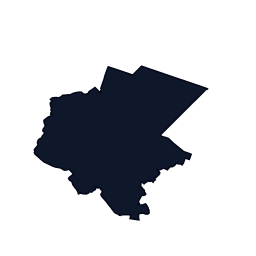 Nong Khae, Saraburi, Thailand (Mercator projection), rotated 225°
{"feature_id": "78962969B39575483913595", "entity_name": "Nong Khae", "entity_type": "district", "adm_level": 2, "iso_a3": "THA", "parent_name": "Thailand", "parent_adm1": "Saraburi", "projection": "mercator", "projection_center": [100.849, 14.353], "detail": "fine", "context": "isolated", "style": "filled", "palette": "ink", "viewbox_px": 256, "rotation_deg": 225, "n_neighbors": 0, "source": "geoboundaries", "source_scale": "gbopen_adm2", "svg_char_len": 5408}
<svg xmlns="http://www.w3.org/2000/svg" viewBox="0 0 256 256"><g transform="rotate(225 128 128)"><path d="M116.5,46.4L115.8,47.9L115.4,48.4L114.9,48.7L113.5,49.6L112.8,50.1L112.2,50.9L111.6,51.9L111.0,51.6L110.1,53.6L110.0,53.8L110.0,54.8L110.0,55.3L109.7,56.1L108.6,56.8L108.3,57.1L108.3,57.4L108.2,58.3L108.3,59.4L108.4,59.8L108.2,59.9L107.9,60.3L107.7,60.8L107.7,61.6L107.9,62.1L108.3,62.4L108.6,62.6L109.3,62.7L109.4,62.9L109.4,63.0L109.1,63.4L108.6,63.5L108.2,63.7L108.1,64.1L107.9,64.1L107.5,64.0L107.2,64.0L107.1,64.4L106.7,64.6L106.5,65.1L106.4,65.2L104.8,66.1L104.0,65.9L104.0,65.5L104.0,65.4L103.5,65.5L102.2,65.4L101.8,65.3L101.4,65.0L101.1,64.5L100.9,64.5L100.5,63.6L100.5,63.2L100.3,61.9L99.4,61.9L99.3,61.5L99.2,61.4L98.3,61.1L98.2,61.2L98.1,61.4L96.8,60.9L96.3,61.0L94.4,60.8L90.9,60.6L88.0,60.1L83.8,59.7L81.0,59.2L79.6,59.1L77.9,58.8L77.4,58.9L75.8,59.3L75.7,59.3L75.6,59.5L74.4,60.0L74.0,60.1L72.4,60.2L72.1,60.4L71.9,60.9L71.6,60.9L71.5,61.5L70.6,62.6L69.1,64.4L67.7,65.7L66.7,66.8L65.6,67.6L65.0,68.0L64.4,68.3L62.5,65.4L55.6,70.5L55.3,70.8L57.4,72.2L59.6,74.5L59.3,75.5L59.1,76.0L58.8,76.5L57.6,77.9L57.0,78.5L56.5,78.8L56.1,79.0L54.7,79.6L54.2,80.1L53.6,80.6L53.0,81.6L52.9,81.7L52.9,82.1L53.0,82.9L53.7,83.4L54.3,84.0L55.0,84.1L55.2,84.6L55.2,84.8L56.2,84.8L56.7,85.3L57.4,85.8L58.9,86.1L60.1,86.6L61.1,86.7L62.1,86.6L62.9,84.6L63.3,83.9L63.9,83.2L64.5,82.6L65.0,82.1L65.5,81.8L66.4,81.3L66.5,82.6L67.9,82.9L68.4,83.1L68.5,83.3L69.7,85.9L69.6,86.4L70.3,88.5L70.5,89.8L70.5,90.4L70.4,90.5L70.2,90.7L69.7,90.9L69.0,91.9L68.7,92.6L68.6,93.6L68.9,93.9L69.8,94.2L71.1,94.3L72.1,95.2L72.7,95.5L73.8,95.6L74.7,95.4L76.0,95.7L76.3,95.2L76.8,95.5L77.2,95.9L77.8,96.0L78.3,96.0L78.5,96.2L78.8,96.9L80.8,99.5L80.7,99.8L80.3,99.9L79.7,99.9L78.0,99.7L77.5,99.8L77.2,99.9L77.1,100.0L77.1,101.8L76.2,104.7L76.1,105.0L75.9,105.2L74.9,105.6L74.6,105.9L74.4,106.4L74.4,107.0L74.0,107.4L73.4,107.3L72.9,107.3L71.9,107.4L72.3,108.8L72.4,109.1L72.3,109.6L72.2,109.6L72.1,110.7L73.7,110.8L74.1,110.8L73.7,112.0L73.4,112.1L73.2,112.8L73.2,113.5L73.2,115.4L73.1,116.8L73.3,117.9L73.5,118.3L73.7,118.6L74.0,118.9L75.0,119.1L75.4,118.6L75.5,118.5L76.0,119.1L76.5,119.3L76.8,119.3L77.3,118.8L77.4,118.7L77.6,118.8L77.8,118.9L77.8,119.3L77.7,119.4L77.2,119.6L76.2,120.5L75.5,122.1L75.3,122.6L75.1,123.3L75.0,123.6L74.6,124.4L74.3,124.8L74.2,124.9L73.4,125.2L73.0,125.5L70.7,126.2L70.6,126.3L70.6,126.5L70.7,126.8L70.7,127.9L70.8,129.3L70.9,130.0L70.9,130.6L70.8,130.8L70.1,131.0L69.4,131.9L69.1,132.5L68.7,134.2L68.6,135.1L68.7,135.7L69.1,136.7L69.1,136.9L69.1,137.0L66.6,138.6L66.3,138.9L65.7,139.6L63.9,140.1L63.7,140.1L64.0,142.3L66.4,147.1L62.4,149.1L64.1,152.7L64.8,154.1L67.7,152.8L71.9,150.7L85.7,149.3L91.7,149.2L92.6,148.9L93.4,148.6L94.4,148.1L97.3,146.4L98.0,146.1L98.9,145.9L100.2,145.7L100.2,160.8L100.2,161.8L100.2,165.1L100.2,171.0L100.2,176.1L100.2,179.5L100.2,186.5L100.2,193.4L100.1,194.0L100.1,208.6L100.1,210.2L100.0,210.5L99.7,211.3L98.9,212.2L102.8,210.4L141.2,191.5L150.9,186.8L150.9,186.6L151.4,186.5L162.1,181.3L162.1,181.2L162.1,168.8L178.7,160.6L179.6,160.1L184.7,157.6L185.2,157.4L185.1,156.8L181.0,148.1L180.5,147.2L180.0,146.7L175.4,137.2L175.2,136.8L174.9,136.6L174.3,136.7L173.7,136.4L173.7,135.3L173.5,134.9L173.4,134.4L172.5,134.5L172.4,134.5L172.2,133.6L172.1,133.1L172.8,133.1L173.2,133.2L175.4,133.3L180.0,133.3L180.6,129.3L181.1,127.5L181.1,126.9L181.2,126.0L181.1,125.5L180.6,125.0L180.4,124.7L180.9,123.9L181.3,122.9L181.2,122.5L181.2,122.4L181.5,122.2L181.6,121.8L181.7,121.7L181.9,121.6L182.3,121.6L183.1,120.7L183.5,120.3L184.3,120.6L184.9,120.5L185.8,120.3L186.5,120.3L186.7,119.8L186.8,119.5L187.3,119.5L187.4,119.4L187.5,119.3L189.0,117.4L190.2,115.6L190.9,114.4L192.5,110.4L192.8,110.1L193.2,109.6L194.0,108.9L194.4,108.4L194.9,107.7L197.2,105.1L197.4,104.4L197.3,103.7L197.7,101.7L197.8,101.6L198.0,101.1L198.5,99.9L199.6,99.4L200.1,99.0L200.6,98.5L201.9,96.9L202.8,95.8L203.0,94.4L203.1,93.4L202.0,93.4L200.4,93.2L200.4,92.8L200.9,91.6L200.5,90.5L200.2,90.2L199.8,89.9L197.0,88.2L196.0,87.7L195.8,87.6L195.7,87.3L195.6,86.7L195.4,86.4L194.0,85.8L193.6,85.5L193.4,84.9L193.0,83.6L192.8,83.4L192.3,83.1L190.6,82.8L191.7,80.6L192.0,79.8L192.3,78.8L192.4,78.2L192.8,74.9L192.8,74.0L192.5,73.6L192.0,73.1L191.4,72.7L189.8,71.9L188.2,71.2L187.9,70.6L187.5,69.4L187.4,68.5L187.4,67.9L187.2,67.4L186.3,65.8L185.5,65.8L184.8,65.9L184.5,65.8L184.2,65.7L183.7,65.2L183.4,64.9L183.1,64.6L183.0,64.2L182.9,63.9L182.9,62.7L182.9,61.6L182.8,61.3L182.3,60.8L182.2,60.5L182.2,59.7L182.4,59.0L182.8,57.9L182.9,57.4L182.8,57.2L182.9,56.9L182.9,56.6L182.9,56.1L182.7,55.4L182.4,54.8L182.1,54.2L181.7,53.7L181.1,53.2L180.5,53.0L180.0,52.6L179.8,52.4L179.5,51.6L179.3,50.7L179.2,49.8L179.2,48.5L178.9,46.5L178.7,46.2L177.8,45.9L177.3,45.6L177.2,45.5L176.9,44.5L176.7,44.3L176.1,44.1L175.0,43.8L173.5,43.9L172.4,44.0L171.7,44.1L165.7,44.4L164.1,44.6L163.2,44.7L162.6,44.9L160.2,45.8L155.3,47.5L154.1,47.9L152.8,48.6L152.0,48.9L148.6,51.3L147.7,51.8L146.8,52.3L145.8,52.5L145.0,52.7L144.2,52.8L143.8,52.9L143.1,53.3L142.5,53.9L141.9,54.7L141.2,55.8L140.9,56.7L140.9,57.1L140.6,57.1L137.4,57.1L135.0,56.9L134.1,56.8L134.2,55.2L134.6,51.8L134.4,50.4L134.1,50.1L133.8,50.0L133.4,50.0L133.2,49.9L131.9,49.9L129.8,50.4L129.1,50.2L128.1,49.5L126.0,48.7L124.7,48.6L122.8,48.3L121.4,48.3L120.1,47.8L119.5,47.8L118.6,47.5L116.5,46.4Z" fill="#0f172a" stroke="#020617" stroke-width="1.5"/></g></svg>